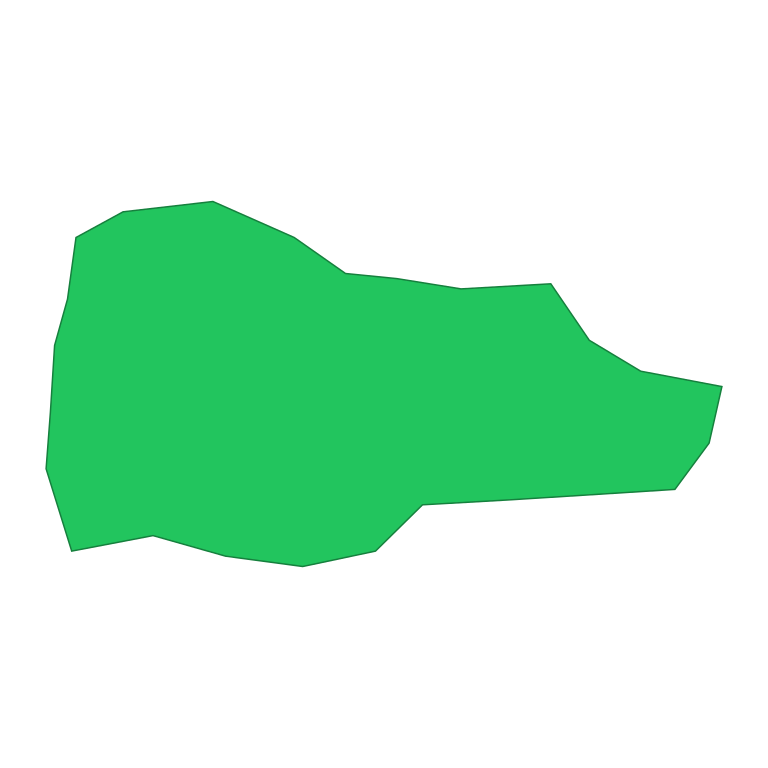 the border of Attard
{"feature_id": "MLT-5920", "entity_name": "Attard", "entity_type": "state/province", "adm_level": 1, "iso_a3": "MLT", "parent_name": "Malta", "parent_adm1": "", "projection": "robinson", "projection_center": [14.431, 35.889], "detail": "fine", "context": "isolated", "style": "filled", "palette": "green", "viewbox_px": 768, "rotation_deg": 0, "n_neighbors": 0, "source": "natural_earth", "source_scale": "10m", "svg_char_len": 426}
<svg xmlns="http://www.w3.org/2000/svg" viewBox="0 0 768 768"><path d="M212.9,201.5L294.2,237.5L345.5,273.5L396.8,278.6L461.0,288.9L550.8,283.8L589.3,340.3L640.7,371.2L721.9,386.6L709.1,443.1L674.9,489.4L512.3,499.7L422.5,504.8L375.5,551.1L302.7,566.5L225.7,556.2L153.0,535.6L71.7,551.1L46.1,468.8L50.4,412.3L54.6,345.4L67.5,299.2L76.0,237.5L123.1,211.8L212.9,201.5Z" fill="#22c55e" stroke="#15803d" stroke-width="1.5"/></svg>